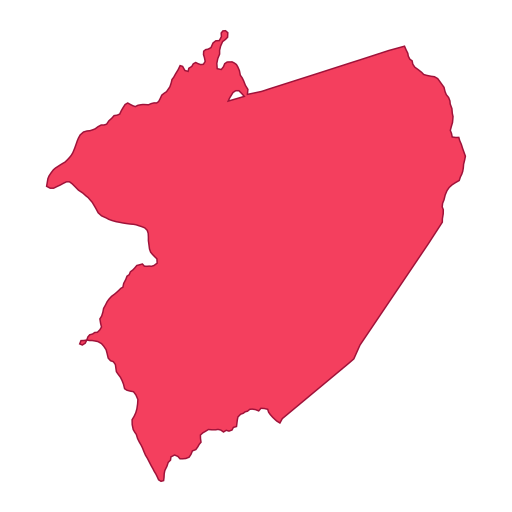 outline of Verdelândia, Minas Gerais, Brazil
{"feature_id": "56859067B9302014521785", "entity_name": "Verdelândia", "entity_type": "district", "adm_level": 2, "iso_a3": "BRA", "parent_name": "Brazil", "parent_adm1": "Minas Gerais", "projection": "equal_earth", "projection_center": [-43.704, -15.563], "detail": "fine", "context": "isolated", "style": "filled", "palette": "rose", "viewbox_px": 512, "rotation_deg": 0, "n_neighbors": 0, "source": "geoboundaries", "source_scale": "gbopen_adm2", "svg_char_len": 4579}
<svg xmlns="http://www.w3.org/2000/svg" viewBox="0 0 512 512"><path d="M46.6,186.3L50.2,188.2L53.6,188.2L56.8,186.6L60.1,185.1L63.2,183.4L66.5,181.8L69.5,181.8L72.3,183.9L75.5,187.1L78.4,190.1L82.9,193.1L86.1,196.0L88.1,197.5L89.9,199.6L92.3,202.4L94.2,205.6L95.9,208.5L98.2,212.8L101.5,215.8L103.9,216.9L106.4,218.0L108.7,219.3L112.0,220.5L116.2,221.7L119.1,222.2L122.5,222.9L126.2,223.5L130.0,224.0L133.6,224.3L136.2,224.8L139.1,225.8L141.4,226.5L144.7,227.8L147.2,230.3L148.2,233.3L148.4,237.1L148.4,240.7L148.9,244.3L149.5,249.0L150.6,252.1L152.4,254.3L154.6,256.6L156.9,258.8L157.2,263.1L154.0,265.5L151.5,266.3L149.3,266.1L146.9,266.3L144.4,266.2L142.4,264.0L139.5,264.8L136.8,265.5L134.8,267.9L132.9,269.9L130.4,271.8L129.2,274.7L127.0,276.2L125.8,279.4L123.7,283.4L122.9,287.2L120.9,288.3L118.8,290.4L116.5,292.5L114.5,294.2L111.6,296.3L109.1,299.0L107.2,301.6L105.5,305.0L103.6,308.4L102.9,312.1L101.7,316.0L99.9,318.9L100.6,323.3L101.5,327.0L99.9,329.8L97.4,332.3L94.7,332.5L92.6,334.0L89.7,334.8L87.9,336.9L86.8,340.0L89.4,340.5L92.1,340.5L94.6,340.9L98.0,341.6L101.5,343.6L103.7,346.1L106.1,349.7L107.1,353.4L108.2,358.1L110.5,360.7L113.4,361.7L115.4,364.6L115.9,368.2L116.4,371.7L118.2,374.3L120.4,377.2L122.1,380.6L123.5,384.2L124.6,388.7L126.9,390.2L130.2,391.1L133.5,391.7L135.9,394.9L137.9,399.5L137.6,404.0L136.9,408.8L135.8,412.7L134.1,416.4L132.1,419.7L132.2,424.6L133.2,429.5L134.7,432.1L136.3,434.4L137.6,438.6L139.4,442.2L141.0,444.9L142.4,447.7L143.9,451.5L145.5,455.2L147.4,458.3L149.4,462.2L151.3,465.9L152.9,468.7L154.2,471.3L155.8,473.9L157.1,476.5L158.6,479.8L161.0,481.3L163.6,480.6L164.0,477.6L164.2,473.8L164.8,470.6L166.9,466.3L168.2,462.4L170.5,460.1L170.9,456.9L174.6,455.0L177.9,456.4L180.0,458.8L182.4,458.8L185.8,458.5L189.1,457.2L191.0,454.3L192.4,450.9L195.8,449.6L197.7,447.0L199.3,444.2L201.0,442.2L200.5,438.5L200.4,435.0L202.9,432.8L205.5,431.3L208.4,429.5L212.0,429.8L215.6,429.8L218.0,429.4L220.7,430.0L223.5,432.0L226.2,430.3L229.0,431.1L232.0,430.0L233.4,427.4L236.5,426.5L236.9,423.3L237.3,420.0L237.9,417.0L240.6,414.2L243.2,413.3L245.2,411.8L247.5,411.2L249.8,409.3L252.2,409.1L255.5,409.6L258.7,410.9L260.9,408.3L264.4,408.5L267.7,409.3L268.6,412.2L270.3,414.6L272.7,417.3L275.0,419.5L276.8,421.1L279.9,423.0L282.3,418.6L349.2,362.9L353.8,358.9L360.0,345.0L428.3,243.8L442.3,222.2L442.4,218.7L443.2,213.8L443.3,209.7L442.2,206.9L442.6,203.3L444.0,199.8L445.2,194.9L447.0,190.6L449.2,187.4L452.1,184.8L455.5,182.6L459.2,180.5L460.4,176.9L461.7,174.3L462.7,171.4L463.3,168.0L463.6,164.2L464.6,160.2L465.4,156.2L464.1,152.6L462.7,148.7L461.3,144.3L459.7,140.6L458.8,137.4L455.9,137.5L452.2,137.0L451.5,133.5L450.3,130.4L451.3,126.6L452.5,122.5L452.8,119.4L453.0,116.5L452.3,113.4L451.9,108.6L450.2,104.0L449.9,100.9L448.6,97.5L446.3,94.7L445.0,91.5L444.0,87.3L441.3,83.6L439.3,80.8L437.7,78.6L434.4,76.7L431.2,76.3L428.8,75.8L426.4,75.3L423.7,74.5L421.7,72.4L418.3,69.7L414.8,67.2L412.8,64.2L412.1,60.8L409.9,59.3L408.3,56.2L407.8,53.3L406.1,49.9L404.5,46.2L388.8,50.5L360.2,59.8L351.7,62.5L316.9,73.7L276.8,86.5L268.6,89.1L264.8,90.4L261.3,91.5L247.4,94.4L247.9,89.4L245.4,85.4L243.6,80.8L242.2,77.9L240.3,75.2L239.4,70.6L237.8,66.9L236.4,64.5L234.3,63.0L232.1,61.9L227.2,62.0L224.7,63.7L223.5,66.7L221.3,69.5L217.2,68.7L216.8,63.4L217.8,58.5L219.6,54.1L219.6,50.2L220.6,46.1L222.6,41.6L225.5,39.4L227.6,37.2L227.8,32.7L225.5,30.7L222.9,30.9L221.2,33.0L221.4,36.7L219.3,40.6L215.8,40.8L213.0,43.0L211.0,47.6L208.0,49.2L205.7,49.6L203.7,51.2L203.5,54.6L204.4,57.5L205.2,61.4L203.4,64.3L200.7,64.6L198.1,63.7L195.7,62.5L193.3,63.8L191.8,66.4L188.8,68.3L188.1,71.4L184.9,70.5L182.6,66.4L180.1,65.6L178.2,69.6L175.5,74.0L173.7,77.3L172.0,79.5L171.2,82.9L169.9,86.8L168.3,89.1L166.5,91.7L164.1,93.3L161.8,95.1L160.1,98.8L158.6,101.6L156.6,103.0L154.1,102.9L151.2,103.6L148.5,104.8L145.6,104.6L142.9,104.5L140.5,104.8L137.9,105.3L135.3,106.6L133.0,105.8L130.4,104.5L127.7,103.0L125.1,104.5L123.1,107.6L121.4,110.5L119.7,114.1L117.1,115.2L114.1,115.6L111.8,118.2L108.9,120.8L106.6,124.2L104.0,125.0L101.2,125.0L98.0,126.7L95.2,128.8L93.0,129.7L90.0,130.7L86.9,131.0L83.5,132.0L80.2,134.9L78.4,138.2L77.3,140.8L76.2,144.0L74.7,148.2L72.9,152.6L71.3,155.3L69.6,157.4L67.1,160.1L64.9,162.2L62.9,163.3L60.6,164.7L58.3,166.2L55.5,168.0L53.4,169.8L51.1,172.8L49.0,176.0L47.9,178.7L47.3,182.2L46.6,186.3ZM244.3,96.4L228.2,101.1L229.6,98.0L231.1,95.6L233.0,92.5L235.7,90.7L238.9,90.7L241.7,93.5L244.3,96.4ZM86.8,340.0L84.0,340.5L81.0,340.6L79.7,343.9L82.3,345.0L85.2,343.2L86.8,340.0Z" fill="#f43f5e" stroke="#9f1239" stroke-width="1.5"/></svg>